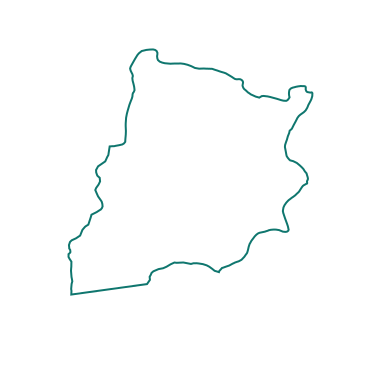 Mandele, Saint Lucia (Natural Earth projection), rotated 292°
{"feature_id": "8701671B24321034687398", "entity_name": "Mandele", "entity_type": "district", "adm_level": 2, "iso_a3": "LCA", "parent_name": "Saint Lucia", "parent_adm1": "", "projection": "natural_earth1", "projection_center": [-60.884, 13.895], "detail": "fine", "context": "isolated", "style": "outline", "palette": "teal", "viewbox_px": 384, "rotation_deg": 292, "n_neighbors": 0, "source": "geoboundaries", "source_scale": "gbopen_adm2", "svg_char_len": 5160}
<svg xmlns="http://www.w3.org/2000/svg" viewBox="0 0 384 384"><g transform="rotate(292 192 192)"><path d="M203.4,98.6L199.1,99.6L194.9,100.6L192.8,100.3L187.9,100.1L186.2,99.0L180.6,95.3L176.4,94.8L176.1,95.0L174.3,95.8L172.2,97.6L171.7,98.1L171.4,98.8L170.6,101.1L167.4,102.8L164.0,102.6L159.8,101.6L157.6,101.6L155.1,104.1L152.7,106.6L150.7,109.7L149.3,111.8L147.4,113.3L145.1,114.5L143.3,114.5L141.6,114.0L141.0,113.5L137.6,111.1L133.3,107.3L130.6,107.6L122.9,108.1L120.7,106.5L120.1,106.1L119.5,105.8L115.9,104.6L109.7,104.6L105.6,101.8L102.2,98.6L100.7,97.9L99.9,97.6L96.7,97.8L94.4,99.0L93.7,99.3L92.6,100.8L91.8,101.2L91.1,101.6L90.3,101.8L88.9,101.2L88.1,100.8L86.7,101.4L85.6,101.8L84.3,103.3L82.2,106.3L80.6,106.9L77.5,108.1L75.8,108.6L73.7,109.3L68.1,112.1L66.1,113.4L64.3,114.5L63.4,114.6L61.7,114.8L56.8,116.3L55.1,117.3L51.7,118.5L89.8,184.8L94.8,185.9L97.5,184.5L99.7,184.8L101.8,184.8L104.0,185.9L108.0,189.9L110.5,193.8L113.2,196.4L116.9,199.2L120.0,202.1L120.6,204.3L123.4,210.4L124.9,218.0L126.5,220.1L127.7,223.0L128.3,225.2L129.2,229.1L129.5,233.1L129.2,236.0L128.3,239.6L127.4,242.5L127.7,245.7L127.8,247.0L129.0,246.9L131.3,247.8L132.8,248.3L133.4,249.1L135.3,251.2L137.8,254.1L141.0,256.7L141.5,257.3L142.2,257.8L142.9,258.5L143.4,259.1L143.7,259.4L144.2,260.0L144.4,260.2L144.9,260.9L145.1,261.1L145.5,261.5L147.7,263.3L151.5,264.8L154.2,265.4L155.2,265.7L156.2,265.9L157.5,265.8L159.4,265.6L162.4,265.1L163.7,265.0L165.6,264.9L166.6,265.1L168.7,265.3L170.3,265.7L171.0,265.9L171.4,266.0L171.7,266.1L172.9,266.4L174.4,266.8L176.6,267.7L177.9,268.5L178.4,268.8L178.9,269.3L179.1,269.5L179.5,269.9L180.5,271.4L180.7,271.7L182.5,274.4L183.3,275.3L184.1,276.3L184.9,277.2L185.2,277.4L185.6,278.0L185.9,278.4L186.2,278.8L186.6,279.5L186.8,279.8L186.9,280.1L187.2,280.7L187.4,281.0L187.9,282.1L188.6,284.0L189.3,287.0L189.3,291.2L189.5,291.8L189.7,292.6L190.2,294.0L191.1,295.2L192.3,295.8L193.5,295.6L194.2,295.0L194.6,294.8L196.3,293.6L197.2,292.8L197.6,292.5L202.6,288.0L205.4,285.6L205.9,285.2L206.8,284.4L207.1,284.2L207.4,284.1L207.9,283.7L208.3,283.4L210.0,283.0L210.5,282.9L211.9,282.6L214.3,282.7L217.4,283.4L219.8,284.3L220.9,284.8L221.5,285.2L221.8,285.4L222.7,285.9L224.7,287.1L225.2,287.5L227.5,288.9L228.2,289.2L228.6,289.4L229.6,289.8L231.0,290.5L232.4,291.1L234.6,291.5L237.7,292.1L239.1,292.5L240.0,293.0L240.6,293.5L242.5,295.0L242.8,295.3L243.0,295.5L243.5,295.4L245.0,294.6L246.2,294.6L246.4,294.7L247.0,294.7L248.0,294.4L249.2,293.6L250.4,292.6L250.9,292.2L252.2,291.2L253.4,288.9L255.1,286.6L256.1,284.4L257.1,281.8L258.2,278.3L258.5,274.3L258.1,271.1L258.6,269.8L259.7,267.8L260.8,266.3L261.8,265.6L265.9,263.0L268.5,261.3L270.5,260.7L273.3,260.5L276.1,260.4L279.5,260.0L283.0,260.0L285.5,259.6L286.7,260.3L288.1,260.9L292.1,261.2L296.6,261.7L300.2,262.0L302.5,262.6L304.3,263.5L306.8,265.1L307.9,265.8L310.2,266.8L313.3,267.3L315.5,267.3L316.5,267.3L318.1,267.5L320.0,267.7L320.9,267.8L322.7,267.9L323.9,267.8L326.0,267.6L327.6,267.0L328.5,266.7L329.0,266.3L329.2,265.7L328.7,264.8L328.5,264.5L328.1,262.6L327.9,261.6L328.0,260.8L328.5,260.0L329.3,259.3L330.0,258.8L330.9,258.6L331.8,258.2L332.3,257.6L332.2,256.4L331.7,255.2L330.9,252.9L330.5,252.3L329.5,250.5L329.1,250.0L328.8,249.4L327.5,247.7L326.5,246.3L325.7,245.5L324.9,244.8L323.6,244.3L323.0,244.1L321.6,244.4L320.8,244.6L319.4,245.1L318.4,245.6L317.5,246.1L316.6,246.8L316.2,247.0L314.3,246.6L313.9,246.5L313.1,246.2L312.5,245.8L311.9,245.3L311.5,244.3L311.0,242.8L310.9,242.4L310.6,240.5L310.5,239.5L310.4,238.0L310.2,235.7L309.7,231.6L309.4,229.0L309.1,227.2L308.9,226.1L308.5,224.7L308.1,223.2L307.8,222.2L307.6,221.8L307.1,221.0L307.0,220.7L306.0,220.0L305.4,219.5L304.7,219.0L304.6,217.8L304.3,215.3L304.4,213.3L304.5,210.9L304.5,210.2L305.1,207.7L305.2,206.9L305.8,205.3L306.5,203.5L306.8,202.4L307.0,201.8L307.7,200.7L308.6,199.8L308.9,199.5L309.6,199.0L310.8,198.7L311.9,198.5L312.9,198.2L313.7,197.6L314.5,196.0L314.6,194.5L314.2,193.2L313.8,192.4L313.4,191.6L313.2,191.1L312.9,189.6L313.1,188.3L313.6,186.0L313.9,184.2L314.3,181.6L314.4,180.9L314.5,180.1L314.6,179.8L314.7,178.7L314.6,176.6L314.5,175.8L314.3,174.0L314.3,173.5L314.2,172.6L314.1,169.9L314.0,168.9L313.9,167.6L313.8,165.9L313.8,165.3L313.7,164.4L312.7,161.7L311.3,157.9L311.0,156.9L309.0,152.4L308.1,148.2L308.3,145.9L308.4,144.0L308.3,140.3L307.8,136.6L306.9,133.2L305.8,130.8L304.4,127.3L302.8,123.8L301.2,118.5L300.8,115.8L300.8,113.2L301.6,111.0L302.9,109.8L304.9,108.7L306.4,108.4L308.1,107.8L309.5,106.3L309.9,104.5L309.6,102.5L308.2,99.4L306.6,96.4L304.8,93.9L303.9,92.6L302.3,91.7L300.7,90.8L298.6,90.1L296.3,89.7L293.9,89.3L290.1,88.8L286.1,88.3L284.9,88.2L283.2,88.4L281.6,89.6L280.2,91.1L278.9,92.6L277.4,93.7L275.3,94.0L274.9,94.2L272.9,95.3L271.2,96.6L269.4,97.9L267.8,99.0L265.6,100.2L264.7,100.6L262.7,100.5L261.6,100.2L260.4,100.3L258.1,101.0L256.1,101.2L253.1,101.2L249.4,101.3L246.4,101.6L243.4,101.9L240.2,102.3L236.1,103.1L235.2,103.4L230.9,104.8L229.3,105.4L228.1,105.9L223.7,107.9L220.4,109.1L215.8,110.5L213.5,111.3L211.5,110.7L210.0,109.6L208.1,106.9L206.2,103.9L205.4,102.8L204.2,100.1L203.4,98.6Z" fill="none" stroke="#0f766e" stroke-width="2"/></g></svg>